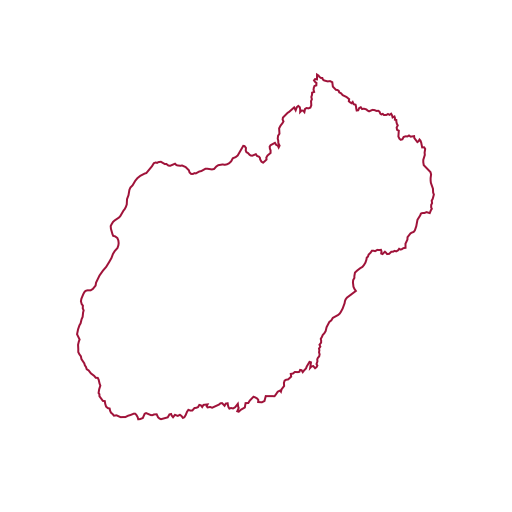 the district of Campos Lindos, Tocantins, Brazil, rotated 195°
{"feature_id": "56859067B95125652418549", "entity_name": "Campos Lindos", "entity_type": "district", "adm_level": 2, "iso_a3": "BRA", "parent_name": "Brazil", "parent_adm1": "Tocantins", "projection": "equal_earth", "projection_center": [-46.841, -8.215], "detail": "fine", "context": "isolated", "style": "outline", "palette": "rose", "viewbox_px": 512, "rotation_deg": 195, "n_neighbors": 0, "source": "geoboundaries", "source_scale": "gbopen_adm2", "svg_char_len": 6092}
<svg xmlns="http://www.w3.org/2000/svg" viewBox="0 0 512 512"><g transform="rotate(195 256 256)"><path d="M296.8,359.1L299.7,348.3L301.3,346.2L303.7,344.4L304.5,341.0L306.0,338.6L307.8,337.0L309.8,336.0L311.9,335.8L315.9,334.0L317.5,332.2L319.0,329.2L321.0,328.2L325.6,327.7L327.4,327.2L330.8,323.9L332.7,322.9L335.5,320.2L336.9,320.1L338.2,318.9L339.9,318.5L341.8,319.5L343.0,321.4L347.0,323.7L350.9,324.3L352.2,323.6L355.1,323.2L356.4,323.2L358.1,324.2L362.3,320.9L364.1,320.7L366.4,321.7L367.8,321.2L372.3,322.4L374.6,321.4L375.7,320.3L377.0,320.4L378.7,319.2L379.7,315.8L383.4,307.7L384.9,306.8L388.5,303.5L390.7,300.5L392.1,297.4L393.5,292.3L395.0,289.7L395.4,287.2L394.9,281.7L395.3,277.6L394.2,272.4L394.4,269.8L395.0,267.2L395.7,265.7L397.4,259.4L398.3,257.7L401.7,253.8L402.9,252.0L403.7,249.3L404.1,247.3L403.2,244.8L400.4,240.1L399.2,238.5L397.2,238.5L394.6,237.5L393.0,235.4L392.0,232.9L391.7,230.7L391.9,227.8L393.7,224.3L394.7,221.0L395.1,216.7L396.2,212.4L397.9,206.7L400.0,202.4L402.1,196.7L403.6,188.9L403.3,185.9L405.1,181.9L406.9,180.0L410.0,179.2L411.7,178.1L412.5,176.5L413.0,174.2L413.6,169.5L413.4,167.0L411.9,164.4L410.4,163.3L409.8,160.6L408.4,158.8L408.4,156.7L407.7,152.3L408.1,149.8L408.0,145.5L408.6,143.4L408.9,139.1L408.6,134.1L404.8,129.7L405.0,127.4L404.9,124.2L403.6,120.2L402.8,117.2L401.2,115.4L399.2,113.8L397.9,111.2L394.1,107.9L393.0,106.1L391.5,104.8L390.2,102.8L388.1,102.2L385.1,99.9L381.2,98.3L379.3,96.9L377.3,97.3L375.9,95.7L374.1,92.3L372.8,90.5L373.0,86.8L372.6,82.9L371.5,82.0L370.9,80.0L366.4,76.4L364.5,76.7L363.4,74.2L361.8,71.7L359.7,70.7L357.9,70.8L356.9,68.8L355.5,67.1L353.7,66.3L351.9,65.0L349.5,66.0L345.2,65.3L340.5,66.6L338.1,68.7L336.1,69.9L333.2,72.1L331.9,72.4L330.5,71.6L328.6,69.7L327.5,67.8L325.7,68.5L323.4,70.2L322.7,74.8L321.5,75.8L316.3,75.1L314.7,75.5L313.6,76.5L311.0,77.4L308.8,74.8L307.1,74.0L305.5,73.8L299.5,77.3L298.6,80.6L297.1,81.4L296.2,80.1L294.4,78.8L293.2,81.6L290.2,81.3L288.4,82.9L286.6,82.2L284.7,80.7L283.5,81.7L282.8,84.0L282.3,87.7L281.5,89.9L279.4,89.7L277.5,90.3L276.1,93.2L274.4,93.9L272.9,95.0L272.2,97.5L270.6,97.5L268.9,96.2L268.2,98.6L264.4,100.1L264.8,98.2L263.6,97.2L261.2,98.3L259.1,98.1L253.3,102.9L252.2,104.5L250.7,105.1L247.6,103.2L247.0,105.6L245.3,106.4L244.5,104.6L243.3,102.7L242.2,101.7L240.8,102.7L238.7,102.8L237.0,104.5L235.3,108.5L234.3,106.0L233.4,104.7L233.9,101.2L232.4,101.1L230.9,103.5L227.6,106.8L228.0,111.2L225.4,112.0L224.6,114.7L222.0,119.4L220.1,119.2L217.9,118.6L216.5,117.5L216.1,115.5L212.5,116.2L210.3,118.1L210.3,123.2L201.8,125.4L201.0,127.3L199.9,130.5L197.9,132.3L196.8,131.4L196.8,133.9L195.2,137.7L196.2,140.7L196.1,143.0L195.0,144.2L193.0,145.1L190.8,148.6L191.9,151.1L189.9,152.0L188.5,154.0L185.4,154.7L184.1,155.4L183.9,157.4L182.4,157.5L180.8,155.9L179.9,158.0L178.6,160.3L178.4,162.4L176.9,167.6L175.4,167.5L174.7,162.0L173.9,163.6L172.2,164.5L169.9,162.9L168.8,164.3L168.4,166.1L169.6,167.3L169.4,170.1L170.1,172.1L169.8,173.9L169.0,175.3L169.1,177.5L170.2,179.3L170.4,181.4L171.2,182.9L170.4,185.1L171.7,186.7L170.7,189.2L171.2,191.2L172.0,192.7L171.4,194.8L171.1,197.0L170.0,199.1L169.3,201.5L169.4,205.5L168.1,211.3L166.6,213.3L165.8,216.1L161.3,220.4L160.2,222.1L159.6,223.9L158.7,227.7L158.2,233.3L158.4,235.5L158.2,237.3L157.4,239.3L150.5,248.1L152.4,249.7L153.9,251.5L155.5,255.5L155.9,257.9L155.3,260.3L155.8,262.1L156.1,265.6L154.4,268.3L152.1,271.3L150.4,273.0L149.4,275.2L148.6,277.9L148.4,281.0L148.6,283.1L147.7,284.4L147.6,286.5L146.2,288.8L145.4,291.1L143.9,291.5L142.2,291.5L140.4,293.3L138.5,293.6L136.9,294.3L136.0,293.0L135.7,290.8L134.3,290.6L132.6,293.5L131.2,292.8L129.9,291.8L128.0,292.5L126.4,295.1L124.6,295.7L123.5,296.8L121.7,296.8L120.2,298.3L119.6,300.0L118.2,299.6L117.0,300.2L115.7,301.7L113.7,302.6L114.8,306.6L114.0,311.0L114.5,313.4L112.6,317.9L111.2,319.2L110.0,320.0L109.2,321.8L108.9,326.2L109.4,332.8L107.9,337.7L107.7,339.6L106.6,340.5L104.5,341.1L102.6,342.5L99.3,342.4L98.9,345.5L98.4,347.1L99.4,348.3L100.0,350.7L99.6,352.6L100.6,355.0L100.1,356.9L100.1,361.4L101.3,363.1L102.5,366.8L106.0,371.9L106.8,373.9L107.5,376.4L108.0,380.1L109.2,382.2L117.5,387.2L118.7,389.9L119.3,392.2L119.1,397.3L119.9,399.5L120.3,403.2L121.7,404.5L123.6,403.9L125.8,408.3L127.0,410.0L128.2,410.8L128.7,408.9L129.6,407.8L133.6,410.9L134.3,412.7L137.5,411.3L139.4,412.0L140.6,410.7L142.5,410.3L144.2,409.2L144.8,406.6L146.3,405.7L147.8,406.4L149.4,408.3L150.5,414.0L152.4,414.4L153.4,416.5L152.9,418.9L154.1,420.1L155.1,421.9L155.7,423.7L157.1,423.6L157.5,425.3L158.4,426.6L159.9,425.2L161.1,427.2L162.3,428.4L163.5,426.9L165.3,427.3L166.5,426.0L169.0,425.3L170.4,426.1L171.5,425.2L172.8,425.7L174.0,427.3L175.4,427.9L177.2,427.3L179.2,427.6L181.3,427.3L184.2,425.0L186.0,425.4L187.2,426.1L188.5,426.2L189.9,426.2L191.6,425.4L193.3,426.8L194.6,425.6L195.0,423.2L196.4,422.6L197.4,424.5L198.1,426.3L199.0,427.9L201.0,427.9L202.5,429.8L203.3,428.3L204.9,428.8L206.4,429.5L206.6,431.6L209.7,433.0L213.9,433.8L216.0,435.2L218.0,435.6L218.8,436.9L220.2,437.4L221.8,437.2L225.6,439.5L227.3,443.6L229.7,444.1L232.0,443.2L235.7,443.2L237.1,443.8L238.0,445.1L239.5,444.8L241.0,445.4L242.4,446.5L244.0,447.0L242.8,442.4L244.7,442.2L245.4,440.6L243.9,439.4L242.4,438.8L241.9,436.4L243.5,435.4L243.7,433.6L243.5,431.6L242.3,429.5L244.1,428.3L243.6,426.2L243.7,423.9L242.6,421.9L242.9,419.8L241.6,415.9L241.9,413.4L243.5,412.2L245.5,412.0L246.7,410.7L246.5,407.5L248.1,408.6L249.6,408.3L250.6,406.5L251.1,408.6L252.2,411.0L254.0,411.9L255.1,410.3L255.4,407.0L257.6,409.4L261.3,403.8L262.5,402.5L265.8,396.7L265.6,394.7L264.3,393.1L264.8,391.2L266.0,388.4L266.7,385.3L265.0,380.2L265.8,377.9L265.4,375.0L264.3,373.0L263.7,370.9L261.8,368.7L262.2,366.7L263.4,368.2L265.3,368.6L267.0,370.2L270.6,366.8L271.1,365.2L270.3,363.1L269.3,361.9L268.6,359.3L270.9,356.0L271.5,353.7L270.8,351.9L271.9,350.1L273.3,348.0L275.1,348.5L276.9,350.3L277.7,351.9L278.8,352.7L280.9,352.9L282.5,354.3L285.6,351.9L287.1,351.7L288.4,352.1L290.2,353.3L292.1,353.8L293.2,355.2L293.7,357.8L295.5,359.2L296.8,359.1Z" fill="none" stroke="#9f1239" stroke-width="2"/></g></svg>